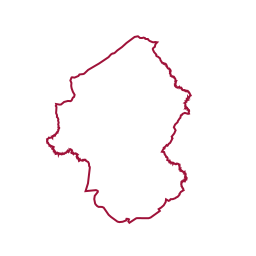 the district of Waritchaphum, Sakon Nakhon, Thailand, rotated 113°
{"feature_id": "78962969B22667703415616", "entity_name": "Waritchaphum", "entity_type": "district", "adm_level": 2, "iso_a3": "THA", "parent_name": "Thailand", "parent_adm1": "Sakon Nakhon", "projection": "albers", "projection_center": [103.61, 17.26], "detail": "fine", "context": "isolated", "style": "outline", "palette": "rose", "viewbox_px": 256, "rotation_deg": 113, "n_neighbors": 0, "source": "geoboundaries", "source_scale": "gbopen_adm2", "svg_char_len": 5784}
<svg xmlns="http://www.w3.org/2000/svg" viewBox="0 0 256 256"><g transform="rotate(113 128 128)"><path d="M202.7,142.4L197.7,133.2L197.7,131.5L197.9,131.1L198.7,130.8L203.4,132.1L206.6,131.3L210.3,128.8L211.0,127.9L211.9,125.9L212.1,124.3L210.8,121.1L210.8,119.3L215.5,111.9L216.5,108.9L218.3,101.1L218.0,99.2L216.4,96.3L213.9,93.7L212.2,93.9L211.7,92.7L211.7,91.4L213.8,91.3L214.7,89.7L208.1,85.3L207.5,84.6L203.0,73.8L201.6,72.2L191.9,66.3L190.7,68.1L188.3,66.4L185.2,64.9L181.4,64.4L178.8,65.1L179.2,62.1L178.3,61.3L176.9,61.0L176.0,59.0L174.0,56.9L172.9,56.4L172.1,55.5L170.2,54.8L169.1,54.5L168.7,54.9L166.2,54.4L163.5,52.5L163.0,53.2L162.1,53.6L161.7,54.8L160.9,55.3L160.5,56.2L159.7,56.3L158.8,57.2L157.5,57.1L157.4,57.5L157.0,57.8L156.1,57.7L155.5,56.3L154.7,56.7L154.3,56.3L154.9,55.7L154.9,54.8L154.0,54.8L154.0,55.1L153.7,54.9L153.3,55.2L152.8,54.6L152.4,54.8L152.4,54.2L151.4,54.4L151.8,55.3L151.3,55.4L151.4,55.8L151.1,55.7L150.8,56.3L150.3,56.1L150.3,56.4L149.7,56.7L149.1,56.5L148.1,56.8L148.1,57.6L147.7,57.2L147.3,57.5L147.2,58.8L146.5,58.9L146.7,59.1L146.4,59.3L146.9,60.1L146.4,61.2L146.8,61.9L146.4,62.2L146.8,62.9L145.9,63.2L146.1,63.5L145.6,63.7L145.6,64.3L145.2,64.3L145.5,64.6L142.8,65.7L142.8,66.1L142.5,66.3L142.3,65.9L141.5,66.3L141.6,67.5L141.4,67.8L141.6,69.1L142.3,69.3L142.7,69.8L142.5,70.6L142.8,71.2L142.4,72.2L142.5,72.5L143.2,72.6L142.4,73.1L142.7,74.3L143.3,74.5L142.9,74.8L143.3,75.4L142.9,75.8L143.3,75.7L143.4,76.1L142.8,76.2L143.0,76.9L142.1,77.4L142.2,79.3L140.3,79.7L139.8,80.6L139.8,81.2L139.5,81.2L139.5,81.8L138.6,82.6L138.0,83.9L136.9,84.5L136.5,85.4L136.1,85.5L136.6,87.5L133.5,87.2L132.7,86.5L132.1,87.3L130.8,86.4L128.6,85.8L128.8,84.7L126.6,84.3L125.2,83.4L121.7,83.1L120.2,83.0L120.0,83.6L119.4,83.7L118.9,84.4L114.9,83.3L111.5,83.3L109.4,86.1L106.3,86.0L103.3,84.6L102.3,84.8L98.9,84.2L98.2,83.8L95.7,84.3L95.2,83.6L93.7,83.3L91.9,81.6L91.5,78.2L90.9,77.4L89.6,78.4L88.6,78.3L87.9,78.7L88.2,79.1L87.7,79.8L87.9,80.3L87.1,80.5L87.2,80.8L86.6,81.3L86.9,81.5L86.6,82.2L87.0,82.4L86.3,82.8L86.6,83.0L86.0,83.0L85.9,83.7L85.1,84.1L84.4,84.1L82.8,85.1L82.8,85.6L81.4,84.7L81.0,85.1L80.9,84.6L80.1,84.9L79.3,84.2L79.4,84.6L78.9,85.0L78.2,84.5L77.9,85.0L77.6,84.5L77.3,84.7L77.0,84.4L76.3,84.7L76.5,84.4L76.3,83.8L75.9,84.1L75.7,83.7L73.8,83.5L73.5,83.1L71.9,85.0L71.7,85.8L71.4,86.1L71.2,86.0L70.9,86.6L71.1,86.9L70.5,87.6L70.8,88.7L71.6,88.9L71.5,89.9L71.1,90.1L71.4,90.8L71.1,91.0L71.8,92.6L71.3,93.7L70.8,93.7L70.3,94.4L70.6,94.5L70.3,96.3L70.5,96.4L70.3,96.6L70.8,96.7L70.6,96.9L70.8,97.8L71.5,98.3L71.3,98.7L71.6,99.4L70.9,101.1L70.5,101.4L69.9,100.8L69.2,102.0L68.2,101.6L67.4,101.8L67.3,102.0L66.0,102.0L66.3,102.6L65.8,102.6L65.3,103.2L64.7,103.3L64.1,103.9L63.7,105.1L63.4,105.0L63.0,105.6L63.5,106.1L63.2,106.6L63.4,107.3L63.1,107.4L63.4,107.8L63.3,109.1L62.3,109.4L61.3,110.8L61.0,110.8L61.1,110.4L60.7,110.5L60.2,111.1L59.8,111.1L59.6,111.4L59.0,111.1L58.9,111.5L58.5,111.3L57.9,111.8L57.4,112.8L57.6,113.0L57.2,113.4L57.6,114.1L57.2,115.1L56.2,116.0L56.4,116.3L56.0,117.0L55.7,117.2L55.3,117.0L54.5,117.7L54.2,119.4L54.6,119.9L55.0,119.8L54.9,120.7L54.4,121.0L54.6,122.4L53.7,123.2L53.2,124.3L51.6,125.6L51.1,126.4L51.1,127.2L50.7,127.9L50.7,129.7L50.4,130.3L49.4,130.6L47.9,133.7L46.1,135.7L45.5,136.1L44.2,135.9L42.8,135.0L40.2,135.5L37.7,134.6L38.2,136.5L39.3,138.3L39.4,139.4L39.4,142.0L39.0,143.5L38.3,144.5L39.1,146.3L39.1,147.1L38.6,147.5L38.7,149.0L39.7,150.2L40.4,152.1L39.7,154.7L41.6,157.5L50.3,162.6L55.9,165.2L60.7,168.1L63.9,169.5L64.9,170.3L65.5,171.4L67.1,172.5L70.4,173.6L79.9,179.8L90.1,187.4L95.0,189.5L95.9,190.4L97.7,193.6L99.5,194.0L102.5,196.9L103.2,199.4L103.6,199.7L106.8,199.6L108.6,197.7L111.5,196.7L113.5,195.4L116.2,192.9L118.3,190.1L120.4,189.8L121.6,190.6L124.6,190.7L125.7,191.3L126.6,193.9L129.0,197.0L132.5,198.8L133.2,200.1L134.0,203.5L134.6,203.0L135.9,203.1L136.7,202.0L142.4,200.0L143.9,198.4L145.7,197.7L145.9,196.9L147.2,195.5L148.4,195.3L150.2,193.9L151.9,193.7L153.2,192.7L154.5,192.4L154.6,191.5L155.4,191.2L156.5,191.7L157.3,191.2L158.9,191.1L159.3,191.2L159.3,191.6L159.8,191.7L160.1,191.3L160.6,191.9L161.5,191.9L162.4,192.5L163.3,192.2L163.4,193.1L164.1,193.1L164.1,193.4L164.6,193.6L164.7,194.0L165.1,194.0L165.3,194.3L165.5,193.9L166.1,194.1L166.6,193.9L166.4,194.3L167.6,196.1L167.8,197.0L168.3,196.9L169.9,198.1L170.5,197.5L170.8,197.7L172.4,197.1L172.6,196.2L173.4,196.2L173.5,195.9L173.8,196.0L173.5,195.8L173.4,195.2L174.1,194.4L174.2,193.4L174.6,192.8L174.9,192.9L174.8,192.4L175.1,192.5L175.3,191.9L174.5,191.7L174.5,189.8L174.9,190.1L175.0,189.8L175.9,189.7L175.8,189.4L176.3,189.6L176.4,189.0L176.8,189.1L176.8,188.0L177.7,187.6L177.4,187.4L177.7,186.6L179.3,186.1L179.3,185.1L178.9,185.0L179.5,184.1L179.9,184.1L179.1,182.9L178.4,183.1L178.5,182.4L178.3,182.1L179.2,181.6L178.8,181.6L178.5,180.4L178.3,180.6L178.0,180.4L178.2,179.3L177.8,179.3L177.7,178.5L177.4,178.5L177.7,178.1L177.5,177.7L176.8,177.5L176.9,177.1L176.7,176.6L175.4,176.1L175.3,175.7L175.0,175.8L174.6,175.2L173.7,174.6L173.3,174.9L172.5,174.7L173.0,173.8L172.4,173.9L172.4,173.4L172.0,173.6L171.1,173.3L170.6,173.5L170.7,173.0L170.0,172.5L170.4,171.8L170.2,171.3L170.9,170.5L173.3,170.7L173.0,170.6L173.2,170.3L172.8,169.3L173.1,168.6L172.6,168.5L173.2,167.8L172.5,167.5L171.8,166.3L172.2,166.0L171.9,164.6L172.1,164.1L172.5,164.5L173.0,164.4L173.2,164.0L174.3,164.1L174.4,163.6L174.9,163.7L175.5,163.1L174.9,162.6L174.7,162.8L174.7,162.5L175.0,162.1L175.2,162.3L175.8,162.2L175.8,161.5L177.1,160.5L176.2,160.2L176.5,159.9L176.1,159.8L176.4,159.6L176.0,158.6L176.0,157.4L174.9,157.1L174.5,156.2L174.8,156.0L174.2,155.6L174.3,155.2L173.9,154.7L174.6,153.9L174.9,151.3L176.1,150.0L178.2,148.9L178.8,148.0L179.6,147.6L194.6,143.2L202.7,142.4Z" fill="none" stroke="#9f1239" stroke-width="2"/></g></svg>